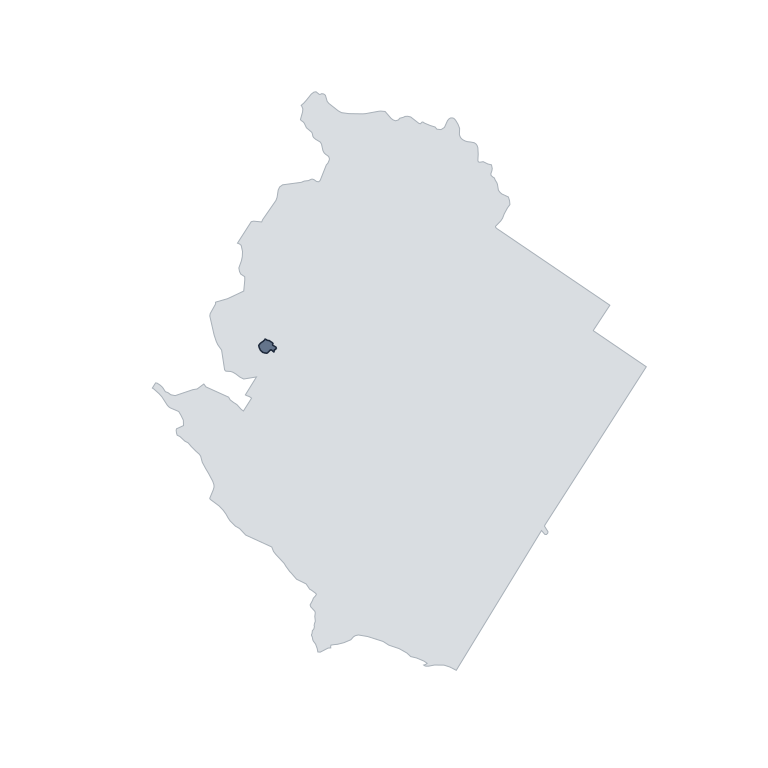 Ar Rashad, South Kordufan, Sudan shown in context, rotated 122°
{"feature_id": "16777658B6695424981162", "entity_name": "Ar Rashad", "entity_type": "district", "adm_level": 2, "iso_a3": "SDN", "parent_name": "Sudan", "parent_adm1": "South Kordufan", "projection": "orthographic", "projection_center": [31.122, 11.808], "detail": "fine", "context": "in_parent", "style": "filled", "palette": "slate", "viewbox_px": 768, "rotation_deg": 122, "n_neighbors": 0, "source": "geoboundaries", "source_scale": "gbopen_adm2", "svg_char_len": 5753}
<svg xmlns="http://www.w3.org/2000/svg" viewBox="0 0 768 768"><g transform="rotate(122 384 384)"><path d="M510.2,578.3L504.1,578.3L503.5,576.9L503.6,573.0L504.2,570.0L506.4,565.3L505.8,562.7L506.1,559.1L504.5,554.9L490.1,543.1L487.2,539.8L479.5,536.8L480.8,533.4L477.5,508.8L479.0,506.0L479.4,501.7L479.4,497.9L481.2,491.6L481.4,488.9L466.2,488.8L466.0,491.5L466.7,494.6L466.7,495.8L445.6,495.9L454.1,505.6L454.5,509.8L454.0,515.1L454.1,518.4L454.6,520.6L456.9,524.9L456.8,525.8L456.3,526.8L441.3,539.7L438.8,545.7L436.8,548.8L432.4,554.1L418.6,567.8L416.4,568.7L405.9,569.2L404.8,569.5L404.0,570.2L403.6,570.0L394.6,561.9L379.5,552.2L369.5,557.2L366.8,559.0L366.7,563.7L365.2,566.1L362.5,568.6L355.1,570.2L351.2,571.6L346.6,574.2L342.1,578.6L341.8,580.8L342.2,582.9L316.7,582.6L315.0,580.9L311.4,573.6L308.8,574.0L285.6,572.9L282.3,573.6L275.6,576.5L272.2,576.9L268.8,575.5L256.8,561.0L254.2,559.2L251.5,555.8L248.9,554.2L248.1,553.1L247.8,551.6L248.0,548.5L247.1,546.5L245.2,546.0L228.8,549.0L226.5,548.6L223.1,549.1L221.9,549.6L220.4,551.5L220.1,555.4L219.7,557.3L218.4,559.5L213.6,564.2L212.6,566.3L212.7,571.7L212.3,574.3L211.6,575.6L209.5,577.6L208.8,578.8L207.8,585.6L205.2,589.6L204.6,591.1L204.4,594.1L204.0,595.0L196.5,597.2L193.7,598.6L192.0,600.9L191.6,601.9L188.4,600.9L184.4,600.2L176.7,599.3L173.6,598.1L172.2,596.5L172.7,592.3L172.0,591.4L170.8,590.7L170.0,588.8L170.2,586.7L174.4,582.0L175.3,579.5L176.6,567.5L176.4,563.8L173.3,557.0L166.2,545.2L164.5,542.9L155.5,533.0L154.4,531.6L152.3,527.5L155.0,518.7L155.2,516.3L154.7,513.7L152.4,511.7L150.3,511.5L147.7,509.0L145.9,507.9L144.4,505.8L143.4,502.8L144.5,492.4L144.0,491.0L141.7,490.5L141.2,489.8L141.3,487.8L140.3,481.8L139.0,476.8L139.9,474.2L138.0,470.4L134.4,468.7L127.0,469.7L124.8,469.4L123.2,468.6L122.2,467.2L121.7,465.6L122.3,463.2L124.5,458.9L127.2,455.3L132.6,452.2L134.0,450.4L134.9,448.5L135.1,446.3L134.9,443.9L134.3,441.7L132.9,438.8L131.6,435.4L131.7,433.1L132.4,431.5L133.9,429.6L139.2,425.9L144.6,422.9L145.6,421.8L145.3,420.4L142.9,417.7L142.4,412.6L141.2,409.0L143.9,406.4L146.0,405.5L149.1,404.8L150.4,403.7L150.8,401.5L150.8,399.5L152.0,398.0L153.6,394.8L154.8,393.4L159.0,389.7L160.0,387.2L160.4,384.8L159.5,377.6L162.0,374.7L165.1,372.3L169.3,372.6L176.0,372.2L180.6,371.3L183.8,371.4L191.2,373.0L192.0,372.4L192.4,370.5L197.5,234.2L227.5,234.9L227.9,234.7L230.4,170.7L418.0,172.8L419.5,172.6L422.4,166.6L423.7,166.1L425.6,166.5L426.3,167.9L424.8,172.8L588.5,171.0L589.1,178.2L590.6,184.1L595.6,192.3L599.7,196.7L601.2,199.2L601.4,200.3L601.3,201.4L600.0,200.2L598.0,199.4L597.8,203.3L599.1,211.3L601.0,216.9L600.0,222.1L600.4,231.0L602.9,241.5L602.8,248.3L606.8,264.0L610.4,272.7L612.4,274.8L614.5,275.9L618.5,276.6L624.6,280.9L629.4,285.5L631.2,287.9L633.5,290.6L635.0,290.1L636.0,289.3L637.6,291.5L645.2,296.0L646.3,298.1L643.8,300.4L640.8,304.2L639.5,307.6L638.7,308.8L636.3,311.0L635.9,312.0L634.9,312.7L633.7,312.8L631.2,314.0L629.0,313.7L626.7,314.4L625.8,315.3L624.0,316.0L621.6,316.5L617.8,319.5L614.5,321.0L613.4,322.2L611.8,328.0L610.5,329.6L605.5,329.9L603.1,330.4L599.7,329.8L598.1,329.9L597.7,331.2L597.3,336.2L597.4,338.3L594.8,344.1L595.9,354.7L593.4,362.8L593.0,364.6L590.4,371.0L589.1,373.4L585.9,385.3L584.6,388.9L581.7,392.8L585.4,421.2L583.1,429.9L583.3,434.7L581.7,441.8L580.3,445.0L578.1,449.0L576.3,453.4L574.8,459.2L573.9,470.2L573.3,471.2L564.3,472.7L561.5,473.5L559.6,474.8L557.3,477.6L552.8,485.4L550.4,490.1L546.7,496.6L542.3,501.3L541.4,503.5L540.7,507.7L539.2,514.2L537.7,518.9L538.0,522.6L536.7,529.2L537.0,532.3L535.4,534.1L533.3,535.8L531.9,536.2L525.5,532.0L521.0,535.0L518.3,539.3L516.1,543.5L517.5,552.5L517.4,554.5L516.8,556.6L512.6,565.5L511.4,569.6L510.2,576.6L510.2,578.3Z" fill="#d9dde1" stroke="#a8b0b8" stroke-width="1"/><path d="M415.2,494.4L414.8,494.4L414.7,494.4L414.5,494.5L414.1,494.7L413.4,494.9L412.9,495.1L412.7,494.8L412.6,494.7L412.4,494.4L411.9,494.2L411.5,494.5L411.2,494.4L410.7,494.3L410.6,494.5L410.2,494.8L410.0,495.1L410.0,495.5L410.0,496.4L410.0,496.7L410.0,497.1L410.0,497.6L410.0,498.1L410.1,498.5L410.1,498.9L409.9,499.2L409.5,499.4L409.3,499.5L409.1,499.5L408.8,499.6L408.6,499.7L408.4,499.7L408.3,500.1L408.2,500.3L408.2,500.6L408.1,500.9L408.1,501.2L408.1,502.3L408.1,502.9L408.0,503.5L408.0,504.5L408.3,504.9L408.5,505.5L408.8,506.1L408.9,506.3L408.8,506.6L408.7,507.0L408.7,507.3L408.8,507.9L408.9,508.4L408.9,508.6L409.5,508.6L410.4,508.6L410.8,508.9L411.2,509.0L411.8,509.0L412.0,509.2L412.5,509.4L412.6,509.5L413.1,509.7L413.4,509.8L413.6,509.9L413.8,510.0L414.3,510.2L414.5,510.2L414.9,510.4L415.0,510.4L415.5,510.5L415.9,510.5L416.0,510.6L416.5,510.6L416.9,510.7L417.5,510.6L417.8,510.6L418.4,510.0L418.6,509.8L418.9,509.5L419.1,509.3L419.2,509.2L419.3,509.1L419.5,508.8L419.7,508.5L419.8,508.3L419.9,508.2L420.0,508.0L420.0,507.9L420.1,507.7L420.4,507.4L420.6,507.2L420.7,506.9L420.8,506.7L420.9,506.4L420.9,506.2L421.0,506.0L421.1,505.6L421.2,505.2L421.2,504.9L421.2,504.5L421.2,504.4L421.3,504.2L421.5,503.9L421.5,503.7L421.4,503.4L421.3,503.2L421.2,503.1L421.2,502.8L421.2,502.7L421.1,502.4L421.0,502.2L421.0,501.9L420.9,501.8L420.8,501.6L420.8,501.3L420.7,501.2L420.5,500.7L420.3,500.6L420.3,500.3L420.2,500.0L420.1,499.8L419.9,499.7L419.7,499.5L419.6,499.4L419.4,499.3L419.2,499.3L419.0,499.2L418.8,499.1L418.6,499.1L418.4,499.1L418.1,499.0L417.9,499.0L417.7,498.9L417.4,498.8L417.2,498.8L416.9,498.7L416.7,498.7L416.3,498.6L416.2,498.6L415.9,498.4L415.8,498.5L415.6,498.5L415.5,498.4L415.4,498.4L415.2,498.3L415.1,498.2L414.9,498.0L414.9,497.9L414.8,497.7L414.8,497.4L414.9,497.2L414.8,496.8L414.8,496.5L414.9,496.4L414.9,496.2L414.9,495.9L415.1,495.7L415.1,495.3L415.1,495.2L415.1,494.9L415.2,494.7L415.2,494.4Z" fill="#64748b" stroke="#1e293b" stroke-width="1.5"/></g></svg>